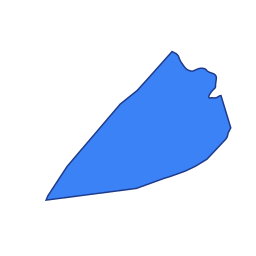 outline of Mangochi, rotated 253°
{"feature_id": "MWI-1910", "entity_name": "Mangochi", "entity_type": "District", "adm_level": 1, "iso_a3": "MWI", "parent_name": "Malawi", "parent_adm1": "", "projection": "equal_earth", "projection_center": [35.307, -14.139], "detail": "fine", "context": "isolated", "style": "filled", "palette": "blue", "viewbox_px": 256, "rotation_deg": 253, "n_neighbors": 0, "source": "natural_earth", "source_scale": "10m", "svg_char_len": 965}
<svg xmlns="http://www.w3.org/2000/svg" viewBox="0 0 256 256"><g transform="rotate(253 128 128)"><path d="M83.0,28.6L86.6,31.6L98.7,46.1L109.1,58.6L119.5,74.8L132.2,94.8L143.1,111.8L153.2,127.7L161.2,147.8L171.4,164.8L183.9,185.4L188.2,192.5L184.8,196.0L182.2,197.2L178.7,197.4L175.8,197.9L169.9,199.8L167.3,201.1L165.7,202.5L163.9,205.1L163.6,205.9L163.5,206.9L164.1,212.3L164.0,214.5L163.4,216.6L162.2,218.8L161.0,219.7L159.7,220.2L158.0,221.5L154.8,225.8L153.1,227.0L151.3,227.4L149.6,227.0L143.5,224.2L142.2,223.9L141.3,223.4L140.6,222.6L139.3,219.9L138.0,218.0L136.0,215.6L135.3,215.0L134.7,214.6L134.1,214.4L133.3,214.2L133.0,214.5L132.7,215.1L132.5,216.7L132.3,217.5L131.7,218.7L131.3,220.2L131.2,221.1L131.2,221.9L131.4,222.8L131.9,224.8L132.0,225.1L131.8,226.4L99.2,226.3L98.1,226.3L94.1,222.4L90.5,220.3L88.9,218.5L75.1,194.4L71.8,181.6L70.1,170.4L69.3,154.2L69.3,147.5L67.8,118.3L83.0,28.6Z" fill="#3b82f6" stroke="#1e3a8a" stroke-width="1.5"/></g></svg>